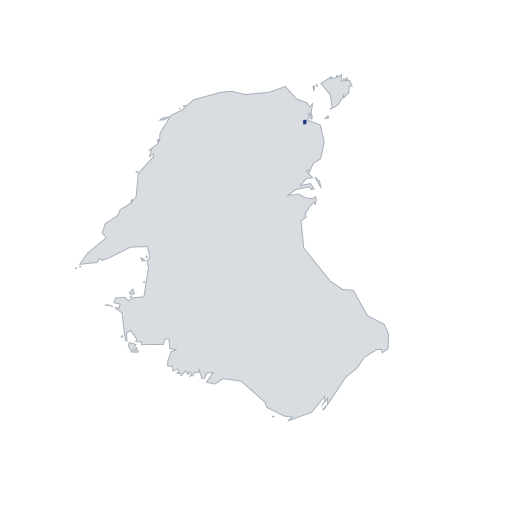 location of Hume, Victoria, Australia, rotated 242°
{"feature_id": "25037944B10619545343998", "entity_name": "Hume", "entity_type": "district", "adm_level": 2, "iso_a3": "AUS", "parent_name": "Australia", "parent_adm1": "Victoria", "projection": "natural_earth1", "projection_center": [144.895, -37.597], "detail": "fine", "context": "in_parent", "style": "filled", "palette": "blue", "viewbox_px": 512, "rotation_deg": 242, "n_neighbors": 0, "source": "geoboundaries", "source_scale": "gbopen_adm2", "svg_char_len": 4454}
<svg xmlns="http://www.w3.org/2000/svg" viewBox="0 0 512 512"><g transform="rotate(242 256 256)"><path d="M337.5,108.6L342.4,132.3L348.5,131.1L355.3,138.1L356.5,152.6L360.6,157.6L361.5,171.0L364.5,177.9L384.2,190.9L391.9,212.2L394.2,213.3L394.6,209.5L398.9,213.4L399.6,211.5L401.3,222.3L403.8,225.5L409.4,228.8L420.1,247.1L419.5,259.3L423.3,273.9L417.2,301.3L413.2,311.2L403.5,322.5L394.3,344.8L391.9,361.5L375.6,365.5L367.5,372.7L362.4,373.4L363.9,377.5L356.0,371.5L357.1,370.1L356.6,368.6L355.2,368.5L352.5,371.1L350.6,369.5L353.8,367.1L352.0,365.2L341.3,374.3L324.6,369.8L311.5,358.7L310.9,350.1L304.7,342.3L307.3,342.6L307.2,340.3L298.4,342.6L300.9,336.8L297.4,328.4L294.4,338.0L288.0,338.9L288.9,335.7L291.9,335.7L296.0,322.5L294.6,312.6L290.4,323.0L284.0,327.0L279.9,333.2L280.6,336.4L278.0,336.0L273.7,332.5L276.3,332.4L274.3,326.3L270.1,319.3L266.7,318.4L266.0,312.3L240.6,301.9L198.7,309.8L185.6,316.9L180.2,325.8L150.9,326.4L135.7,337.1L124.9,336.4L112.2,329.2L111.4,321.9L114.5,323.1L116.7,318.7L115.6,303.8L109.7,292.6L106.9,278.6L91.1,249.2L96.7,252.4L92.9,243.5L95.5,248.7L99.7,250.3L91.9,231.9L95.4,206.7L96.7,212.6L101.1,206.1L117.1,194.5L123.0,195.2L152.5,184.1L163.2,169.4L162.2,159.8L167.9,152.9L173.2,163.6L175.7,157.6L172.3,153.4L173.2,150.8L183.1,152.5L179.9,151.5L181.9,147.3L180.0,143.5L185.3,143.0L183.3,140.3L187.6,139.9L186.1,135.9L189.7,131.3L190.1,134.0L193.1,133.7L193.3,128.6L197.6,130.4L200.4,126.3L205.1,129.1L211.5,136.2L210.5,141.9L214.7,136.5L223.6,140.1L225.4,137.0L221.4,132.7L231.5,113.3L233.6,114.6L237.1,109.8L238.4,111.8L249.1,110.3L248.8,105.6L241.5,102.2L242.7,101.0L268.7,111.0L276.2,107.4L274.4,111.2L277.6,113.3L281.4,108.7L284.9,112.5L280.9,121.2L276.4,122.0L276.7,128.2L272.6,137.9L296.2,155.6L302.6,157.4L304.7,161.7L315.3,164.6L322.8,149.2L323.2,126.8L324.3,118.4L327.0,116.4L324.9,112.6L331.4,96.4L337.5,108.6ZM350.6,392.5L363.1,397.3L378.0,394.3L378.8,407.6L377.8,405.2L376.3,408.0L375.9,416.8L370.6,413.2L367.3,421.2L360.9,420.6L362.2,418.3L356.6,414.5L354.4,407.7L356.8,408.9L351.0,399.5L350.6,392.5ZM229.4,101.1L236.8,101.1L239.1,103.5L234.2,108.4L229.4,101.1ZM285.4,345.4L298.0,345.0L292.7,347.2L285.4,345.4ZM283.1,126.9L284.6,131.7L279.9,130.9L280.6,127.5L283.1,126.9ZM419.4,245.0L419.2,239.4L421.1,234.8L421.8,238.1L419.4,245.0ZM374.6,384.6L378.7,385.7L378.8,387.6L374.6,384.6ZM228.6,102.6L231.3,107.3L226.5,107.0L228.6,102.6ZM346.1,385.4L343.7,384.9L345.0,381.7L346.1,385.4ZM308.4,153.6L306.2,155.1L303.9,155.9L305.0,153.2L308.4,153.6ZM91.0,248.0L89.0,245.3L88.7,242.8L89.0,242.7L91.0,248.0ZM377.9,389.4L379.5,390.6L376.4,389.6L377.9,389.4ZM402.9,223.0L404.6,223.0L404.5,225.4L402.9,223.0ZM362.1,170.8L364.1,172.2L363.8,173.1L362.1,170.8ZM370.5,418.0L370.6,420.1L369.1,419.5L370.5,418.0ZM422.1,261.4L422.1,264.4L421.9,264.3L422.1,261.4ZM248.3,100.9L247.1,99.6L247.9,98.9L248.3,100.9ZM283.1,101.2L281.3,103.6L283.4,99.4L283.1,101.2ZM422.4,257.7L421.5,258.7L422.1,257.6L422.4,257.7ZM286.2,145.2L285.2,145.7L285.7,144.5L286.2,145.2ZM279.4,126.8L278.1,127.0L278.9,125.5L279.4,126.8ZM106.5,194.7L106.2,196.6L105.6,196.5L106.5,194.7ZM329.2,95.2L329.2,96.9L328.6,95.7L329.2,95.2ZM355.2,369.3L355.5,370.3L355.1,370.0L355.2,369.3ZM280.8,104.3L278.4,105.9L280.9,103.8L280.8,104.3ZM186.2,133.5L185.3,134.6L185.8,133.3L186.2,133.5ZM371.4,416.4L370.6,416.8L371.0,416.0L371.4,416.4ZM307.4,159.3L306.0,159.3L306.7,158.3L307.4,159.3ZM181.4,142.2L180.7,142.8L180.6,141.3L181.4,142.2ZM377.4,411.9L376.3,412.5L376.6,411.3L377.4,411.9ZM330.0,90.8L329.9,91.9L329.2,91.4L330.0,90.8ZM354.6,370.7L355.6,371.7L353.9,371.4L354.6,370.7ZM386.6,190.8L385.7,190.9L386.1,189.6L386.6,190.8ZM393.8,209.3L393.3,209.3L393.7,208.3L393.8,209.3ZM351.2,390.8L350.9,391.7L350.6,390.6L351.2,390.8Z" fill="#d9dde1" stroke="#a8b0b8" stroke-width="1"/><path d="M351.9,363.3L352.0,363.3L352.1,363.2L352.3,363.2L352.5,363.1L352.7,362.9L352.7,362.7L352.5,362.4L352.4,362.3L352.5,362.3L352.5,362.2L352.6,361.9L352.5,361.7L352.7,361.4L352.0,361.3L351.9,361.3L351.5,361.4L351.4,361.3L351.1,361.3L351.0,361.2L351.0,361.3L350.9,361.3L350.9,361.2L350.7,361.2L350.4,361.1L350.5,361.1L350.4,361.2L350.3,361.3L350.2,361.2L350.2,361.3L350.2,361.2L350.1,361.3L350.1,361.2L349.9,361.6L350.0,361.6L350.1,361.8L350.3,361.9L350.3,362.0L350.5,362.3L350.6,362.5L350.8,362.8L351.0,362.9L351.1,363.0L351.2,362.9L351.3,363.0L351.3,362.9L351.3,363.0L351.5,363.2L351.5,363.3L351.9,363.3L351.9,363.3Z" fill="#3b82f6" stroke="#1e3a8a" stroke-width="1.5"/></g></svg>